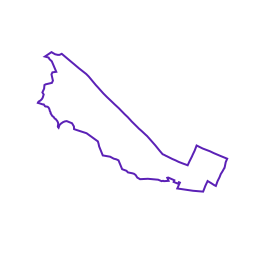 La-nkwantanang-madina, Greater Accra, Ghana, rotated 293°
{"feature_id": "2480657B60779202001283", "entity_name": "La-nkwantanang-madina", "entity_type": "district", "adm_level": 2, "iso_a3": "GHA", "parent_name": "Ghana", "parent_adm1": "Greater Accra", "projection": "natural_earth1", "projection_center": [-0.168, 5.741], "detail": "fine", "context": "isolated", "style": "outline", "palette": "violet", "viewbox_px": 256, "rotation_deg": 293, "n_neighbors": 0, "source": "geoboundaries", "source_scale": "gbopen_adm2", "svg_char_len": 2371}
<svg xmlns="http://www.w3.org/2000/svg" viewBox="0 0 256 256"><g transform="rotate(293 128 128)"><path d="M163.8,59.5L170.4,38.0L168.6,36.4L167.9,34.9L167.4,32.1L167.9,27.9L161.3,23.6L161.8,27.4L160.7,28.8L160.4,29.6L159.6,31.8L151.7,40.0L149.7,36.7L147.5,36.6L142.2,40.4L139.8,40.3L136.0,35.1L134.9,34.3L132.4,35.1L131.5,35.4L127.3,35.3L125.9,37.3L123.0,37.6L122.2,37.6L121.4,37.5L120.6,37.3L119.2,36.7L118.6,36.3L117.7,35.6L117.0,35.3L116.4,35.2L116.2,35.2L115.9,35.2L116.2,37.7L116.4,40.2L116.6,40.7L116.8,41.2L116.2,42.2L115.6,43.1L115.6,43.4L115.6,43.7L115.6,43.8L116.0,44.9L116.0,45.0L116.0,45.3L116.1,45.7L115.9,46.5L115.6,47.1L114.6,48.3L113.8,48.9L113.0,49.5L112.1,50.7L111.6,50.9L111.2,51.1L110.9,51.6L110.6,52.1L109.7,53.2L109.3,54.2L109.2,55.0L108.7,55.9L108.1,56.7L107.9,58.1L107.6,58.6L106.8,60.1L105.7,61.4L104.9,61.9L104.3,62.2L103.6,62.4L102.0,62.8L101.8,63.0L101.5,63.2L101.1,64.0L103.9,63.8L104.7,64.1L106.1,64.7L108.1,66.0L109.4,67.3L110.4,68.9L110.5,74.6L108.3,77.6L105.9,78.8L106.1,81.7L107.0,91.9L103.9,105.5L101.8,107.2L99.8,108.6L92.9,115.5L94.6,122.8L94.2,126.8L94.6,129.6L94.5,131.9L87.8,138.7L88.0,143.3L87.1,145.3L88.0,149.6L88.2,151.4L87.7,153.4L86.0,155.9L85.6,159.1L89.0,166.1L92.2,176.0L92.2,179.7L93.1,180.9L93.1,181.8L95.2,186.0L97.5,183.6L98.1,184.4L98.0,191.1L96.2,191.1L96.3,195.8L98.0,196.0L98.0,197.1L91.6,197.0L95.6,212.3L98.8,222.0L102.5,221.9L104.9,221.8L110.3,222.0L110.2,222.6L109.8,225.7L109.2,229.1L109.1,229.8L109.0,231.5L114.0,231.2L118.5,231.5L121.9,231.4L124.9,231.9L125.9,232.0L128.7,232.3L128.8,232.4L129.2,232.3L129.7,232.3L130.0,232.3L130.3,232.2L132.8,231.7L133.8,231.5L134.5,231.3L135.6,231.3L138.5,231.3L138.4,223.7L138.4,222.4L138.4,217.4L138.4,216.8L138.6,212.5L138.3,204.8L138.7,198.0L133.1,198.2L128.6,198.0L128.4,198.0L126.9,198.0L120.9,197.6L117.0,197.5L116.9,194.9L116.8,193.4L116.7,191.0L116.6,187.8L116.8,184.3L116.8,180.9L117.2,174.6L117.2,173.7L117.3,172.9L117.4,171.6L117.4,170.7L117.4,170.1L119.5,165.9L122.7,159.9L126.4,152.2L128.1,148.6L128.6,147.1L130.4,142.2L131.0,140.4L131.7,138.2L132.3,136.8L132.7,135.8L135.6,128.5L136.2,127.3L137.4,124.6L137.8,123.8L139.4,119.5L140.7,116.4L141.4,114.7L142.6,111.9L144.6,106.3L145.9,102.9L148.4,96.2L150.2,91.8L152.5,86.9L153.6,84.6L154.9,81.7L156.8,78.0L160.1,71.6L161.4,68.4L162.8,63.2L163.8,59.5Z" fill="none" stroke="#5b21b6" stroke-width="2"/></g></svg>